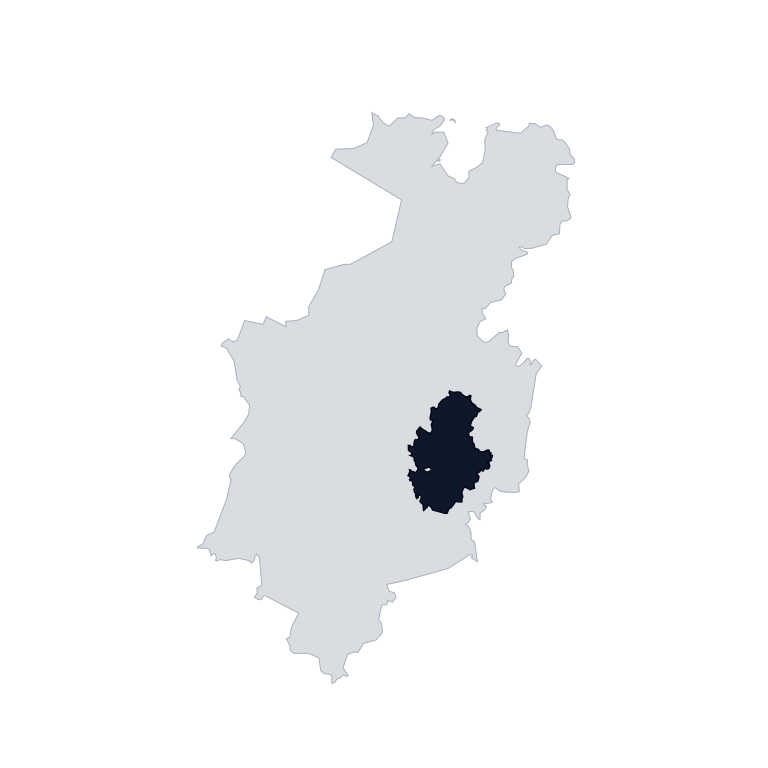 Kazakhstan, with Aqmola highlighted, rotated 110°
{"feature_id": "KAZ-3202", "entity_name": "Aqmola", "entity_type": "Region", "adm_level": 1, "iso_a3": "KAZ", "parent_name": "Kazakhstan", "parent_adm1": "", "projection": "albers", "projection_center": [70.159, 51.837], "detail": "fine", "context": "in_parent", "style": "filled", "palette": "ink", "viewbox_px": 768, "rotation_deg": 110, "n_neighbors": 0, "source": "natural_earth", "source_scale": "10m", "svg_char_len": 7532}
<svg xmlns="http://www.w3.org/2000/svg" viewBox="0 0 768 768"><g transform="rotate(110 384 384)"><path d="M444.8,514.0L440.9,515.8L438.7,518.8L435.8,517.8L430.4,523.6L414.2,532.3L404.2,544.3L403.9,550.0L401.1,550.0L394.8,545.6L396.1,540.7L393.2,536.9L372.0,536.5L369.3,518.1L361.0,517.5L363.8,495.6L358.7,497.8L354.2,487.8L345.1,478.1L337.2,481.2L317.0,477.7L296.7,478.7L285.0,462.0L283.1,456.7L247.8,425.3L205.0,430.5L189.2,511.1L179.9,509.8L173.2,493.2L162.9,482.4L144.4,482.5L133.2,488.2L134.3,481.1L138.7,474.6L140.1,467.3L129.3,462.1L126.4,454.7L121.3,453.0L123.2,446.4L121.0,439.6L119.8,429.0L112.8,424.0L112.4,420.7L113.8,418.3L115.8,417.8L122.9,419.7L127.1,423.8L133.0,424.6L129.8,421.8L126.9,414.0L135.7,406.2L151.6,409.1L163.2,413.6L157.9,406.8L166.7,394.6L167.0,388.1L169.7,384.3L169.1,379.8L167.3,377.1L161.0,374.7L155.0,377.0L148.2,370.6L142.2,367.1L129.5,369.0L119.8,373.0L111.3,372.3L110.8,374.7L109.8,373.8L108.3,374.5L108.4,375.7L100.6,368.0L99.6,365.7L100.3,363.9L105.5,366.2L107.1,365.0L101.6,341.4L92.3,336.2L89.1,336.6L87.7,331.3L89.3,325.0L84.8,319.3L85.2,315.6L88.2,311.1L95.3,305.2L93.6,299.5L94.9,296.7L99.7,290.0L104.3,288.0L107.2,282.4L110.6,280.5L113.2,281.9L118.4,295.8L119.5,296.9L124.7,296.1L126.4,294.6L127.4,280.7L129.8,281.7L138.5,278.4L142.3,274.1L147.0,274.3L154.8,272.1L163.8,265.0L168.3,268.1L169.8,272.5L173.5,273.3L183.0,270.5L186.6,276.7L197.0,279.2L205.9,291.4L208.5,298.0L208.3,302.5L209.2,303.8L211.1,301.4L211.0,294.8L212.7,293.6L221.1,303.4L225.3,306.1L231.0,304.2L232.9,301.6L238.5,298.7L240.1,299.9L245.9,299.0L251.2,304.0L254.3,303.7L257.6,300.4L264.8,302.3L270.8,311.7L278.6,314.6L279.2,317.6L283.6,316.2L287.9,310.7L292.6,315.2L300.0,315.8L306.8,312.9L310.5,304.9L310.3,302.8L308.0,299.8L296.1,293.5L295.4,290.6L290.9,286.4L296.9,282.8L300.4,282.7L305.4,279.1L303.3,271.1L307.9,265.0L320.3,267.1L321.9,265.9L321.3,263.5L316.8,260.2L310.8,258.2L310.4,257.0L311.6,254.7L315.9,253.4L315.3,252.0L312.2,252.3L308.8,250.3L313.2,241.8L322.3,244.5L356.5,237.9L362.7,238.1L364.7,239.5L366.9,235.7L370.2,233.5L380.0,233.0L405.5,227.1L406.7,225.4L406.2,223.0L410.4,222.1L416.3,218.0L422.9,218.8L431.8,223.3L438.9,220.0L441.2,224.0L444.9,235.9L444.5,241.2L443.3,243.5L443.8,244.6L447.0,245.8L455.9,244.5L458.2,241.8L461.0,246.3L461.9,250.3L463.7,249.0L463.3,246.9L464.1,245.9L468.0,246.4L472.3,249.6L478.6,247.4L478.3,250.0L473.5,255.2L473.4,257.7L475.1,261.0L481.0,256.8L485.8,257.5L487.8,259.4L488.9,255.8L493.8,251.4L498.8,249.6L500.8,247.7L501.4,244.9L519.1,235.5L517.3,242.4L514.2,242.5L515.3,245.3L535.3,260.5L562.0,297.8L571.4,312.9L577.0,308.2L576.6,302.8L580.3,299.8L586.1,301.3L586.1,306.4L590.6,305.9L592.4,310.6L606.9,308.5L610.1,304.2L618.0,300.4L627.2,303.8L634.8,314.6L645.0,316.6L646.0,320.3L650.6,325.8L664.7,325.4L670.4,317.7L671.6,319.3L670.8,322.6L673.8,323.6L677.5,327.4L681.2,328.1L683.2,330.7L676.0,333.2L675.4,335.9L676.5,341.3L674.9,345.5L663.8,351.3L662.8,362.4L667.9,376.5L666.2,381.3L662.5,382.7L656.7,388.6L654.2,385.9L644.4,387.8L628.5,385.8L623.6,423.0L624.1,424.6L628.9,426.0L629.6,428.9L628.6,432.9L624.3,431.5L619.4,433.6L614.7,430.1L590.0,441.5L587.4,444.6L589.6,446.3L593.7,445.5L597.6,447.1L596.1,451.0L597.6,461.1L604.0,472.2L605.1,477.8L607.6,480.8L607.2,482.2L604.9,481.9L601.4,484.3L601.5,485.9L604.4,487.7L599.3,491.6L598.9,494.1L601.8,502.5L601.1,503.6L595.6,499.4L587.1,498.9L581.3,493.0L545.3,492.5L526.2,495.0L523.0,498.0L518.5,497.8L509.1,495.3L498.7,490.0L494.4,491.3L488.1,495.9L486.3,505.1L487.7,509.2L466.9,502.2L458.3,500.9L449.9,503.1L443.9,511.9L444.8,514.0ZM113.7,411.9L112.2,412.0L111.3,409.3L112.4,407.1L113.9,406.7L112.0,409.2L113.7,411.9ZM155.6,410.0L154.4,409.3L153.9,408.1L155.8,407.6L155.6,410.0Z" fill="#d9dde1" stroke="#a8b0b8" stroke-width="1"/><path d="M366.6,298.2L369.3,297.5L371.6,295.3L372.4,292.3L373.2,290.3L374.4,289.0L374.9,284.0L377.4,284.9L378.3,286.6L379.7,286.2L382.9,286.2L383.5,287.9L385.2,288.0L389.8,289.1L391.2,288.8L394.1,288.7L394.4,285.3L395.8,285.1L397.6,285.7L400.7,287.8L402.0,288.3L402.3,287.6L402.3,287.0L403.4,286.7L404.8,285.1L403.8,283.8L403.8,282.7L404.7,282.6L407.5,281.3L408.2,281.3L408.6,280.6L409.1,280.2L409.2,279.6L409.8,278.7L411.0,278.1L412.0,277.2L413.6,276.5L413.5,276.2L413.2,272.8L414.2,271.9L414.7,269.4L414.0,268.1L413.4,266.4L412.0,265.7L411.1,264.7L410.2,262.8L411.2,262.2L411.5,261.8L412.0,261.2L412.9,261.0L412.5,260.7L412.3,259.8L413.8,259.6L414.6,259.4L414.4,259.0L414.1,257.8L414.7,257.8L415.1,257.6L416.0,257.4L416.4,257.5L416.5,257.9L417.6,258.0L418.4,257.5L419.0,256.9L420.3,258.1L420.8,258.7L421.3,259.0L421.8,260.7L422.6,260.7L422.7,259.9L422.0,259.2L422.2,258.7L422.7,258.0L424.9,256.6L427.2,256.5L428.0,257.1L428.4,257.7L428.9,259.6L428.9,261.1L429.4,260.7L430.1,260.9L431.5,260.9L432.0,261.3L431.8,262.1L431.3,262.9L430.8,263.9L431.7,263.9L433.4,263.8L434.8,264.8L435.6,266.2L436.6,266.7L436.9,265.1L437.9,264.7L438.4,263.1L440.2,262.8L443.6,262.7L444.0,263.1L444.1,263.3L444.1,264.6L445.8,265.0L446.3,265.3L447.0,265.4L447.7,265.1L451.0,263.3L452.0,264.9L453.4,266.4L454.0,267.4L453.6,268.2L453.5,270.4L452.8,271.6L453.6,273.1L455.5,273.8L459.8,273.8L462.5,271.7L463.6,271.4L465.0,271.6L466.7,271.1L467.4,271.0L467.9,270.5L468.6,271.5L468.7,272.7L469.4,274.0L469.8,276.7L471.1,276.8L476.9,278.5L479.4,280.4L483.7,280.5L484.1,280.9L484.7,282.7L485.7,295.3L485.0,296.1L483.7,297.2L482.8,299.7L483.0,301.9L484.7,301.5L485.6,301.4L486.0,302.3L487.7,302.7L489.2,303.5L488.1,304.3L486.8,304.6L484.8,305.6L483.5,306.7L483.2,307.8L482.6,309.0L481.7,310.2L479.0,310.0L476.5,310.6L475.7,310.4L475.4,311.2L475.7,311.8L476.5,312.9L476.9,313.8L476.9,314.3L477.6,313.9L478.4,313.0L479.7,313.4L480.4,313.9L479.7,314.9L478.3,316.0L475.9,317.0L475.1,317.5L475.3,318.2L474.1,319.0L473.3,319.3L473.0,319.9L470.5,319.5L469.5,320.9L469.5,321.6L468.9,322.6L467.7,323.0L467.1,323.0L466.5,323.5L465.6,324.0L465.5,324.6L465.6,324.9L465.2,325.3L465.3,326.2L465.8,326.5L465.1,327.3L463.3,326.7L462.8,327.4L462.1,327.6L461.9,330.0L458.1,329.7L456.5,330.1L455.9,330.6L455.8,329.7L456.3,329.0L456.5,328.0L456.7,326.4L456.3,326.1L457.0,324.8L455.4,323.4L454.7,323.4L454.3,322.8L453.5,322.9L453.1,322.5L452.6,322.4L452.4,323.0L450.8,323.7L449.5,326.2L448.7,326.5L448.1,327.0L446.6,327.5L446.2,327.9L446.3,328.6L445.7,329.1L444.2,330.0L443.4,330.0L442.9,330.4L442.2,332.7L442.1,334.9L441.6,334.3L440.8,333.7L438.9,334.5L438.1,338.2L433.4,340.1L432.8,338.4L433.9,336.5L433.1,335.7L432.7,334.8L431.8,334.8L428.1,335.8L426.7,335.9L425.6,335.6L425.7,334.3L425.2,334.1L424.2,332.7L423.2,332.9L423.0,332.1L422.0,332.3L421.3,333.8L420.4,335.2L419.7,335.2L419.2,334.8L419.4,336.1L418.6,336.7L416.9,337.1L412.1,335.4L413.0,333.4L413.7,330.7L414.0,328.8L414.3,327.8L414.7,326.4L414.8,323.9L411.7,322.6L410.2,323.1L408.7,323.9L406.0,325.6L401.0,325.5L401.5,326.4L401.8,328.0L400.8,328.8L398.4,329.4L394.6,329.8L392.6,330.5L390.7,331.5L389.4,330.3L388.7,329.2L389.4,328.1L389.5,326.3L388.0,325.0L383.8,325.5L378.8,323.5L377.5,322.4L376.6,320.9L375.2,320.9L374.6,320.4L374.4,319.0L373.1,317.9L371.4,318.1L370.0,319.9L368.2,320.0L368.2,315.9L366.0,311.4L366.2,310.0L365.7,309.2L366.4,308.3L367.1,307.8L367.5,307.3L367.1,306.8L367.4,305.9L367.7,305.1L368.1,302.7L367.5,301.1L365.3,299.4L365.6,298.1L366.6,298.2ZM450.1,317.6L450.9,317.2L451.6,316.2L451.9,314.9L452.0,313.4L451.6,312.4L451.1,312.1L450.5,311.2L449.3,310.3L448.7,310.2L447.8,310.6L447.3,311.1L446.9,311.8L446.8,312.7L446.9,313.6L447.5,314.5L448.2,315.3L448.9,316.2L449.5,317.2L450.1,317.6Z" fill="#0f172a" stroke="#020617" stroke-width="1.5"/></g></svg>